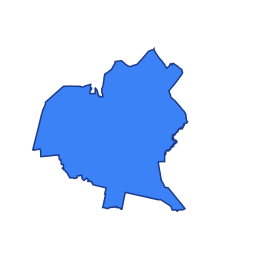 outline of Balint, Timis, Romania, rotated 25°
{"feature_id": "2599482B87339498745971", "entity_name": "Balint", "entity_type": "district", "adm_level": 2, "iso_a3": "ROU", "parent_name": "Romania", "parent_adm1": "Timis", "projection": "mercator", "projection_center": [21.883, 45.829], "detail": "fine", "context": "isolated", "style": "filled", "palette": "blue", "viewbox_px": 256, "rotation_deg": 25, "n_neighbors": 0, "source": "geoboundaries", "source_scale": "gbopen_adm2", "svg_char_len": 5835}
<svg xmlns="http://www.w3.org/2000/svg" viewBox="0 0 256 256"><g transform="rotate(25 128 128)"><path d="M151.8,204.9L152.2,204.4L152.8,204.4L153.6,203.9L153.9,203.9L154.2,204.1L155.3,203.8L155.6,204.3L155.9,204.5L156.4,204.4L156.8,204.0L154.9,196.8L152.7,187.5L185.5,180.3L186.5,179.9L187.2,179.3L187.6,179.2L189.2,179.3L199.4,180.7L200.0,180.9L200.7,181.5L202.3,183.3L202.7,183.5L203.6,183.4L204.5,182.7L205.2,182.6L205.8,182.2L206.0,181.8L206.5,181.8L207.2,182.4L207.8,182.6L208.0,182.2L208.1,181.6L208.4,180.8L209.5,180.5L210.1,179.9L211.4,179.5L212.8,178.4L213.0,178.2L213.2,177.4L213.7,177.1L213.6,176.9L206.5,173.4L189.5,165.2L188.7,165.4L187.2,166.2L186.7,166.2L183.4,163.5L179.8,161.0L179.8,160.4L179.5,160.3L179.1,159.6L178.7,159.1L176.4,155.7L174.5,153.1L170.3,146.9L169.9,145.7L171.2,145.1L172.1,144.4L172.9,144.2L175.4,143.0L172.6,136.9L173.2,136.2L173.2,135.7L172.3,136.1L171.9,135.7L171.9,135.0L172.6,134.3L172.7,134.0L171.9,133.0L172.7,132.2L172.9,131.4L173.4,131.5L173.9,132.0L174.0,131.9L173.9,131.4L174.6,131.4L174.6,131.2L174.1,131.0L173.9,130.7L174.4,130.5L174.8,130.0L175.1,130.2L175.4,129.9L175.4,129.7L174.9,128.4L175.0,128.3L175.6,128.4L175.7,127.6L175.5,127.3L174.8,127.0L174.8,126.7L175.1,126.6L175.3,127.0L175.6,127.0L175.9,126.5L176.4,126.2L176.1,125.9L176.0,125.6L176.2,125.4L176.9,125.2L176.4,124.7L175.7,124.6L175.6,124.3L176.1,124.1L176.0,123.2L176.7,123.2L176.3,122.7L176.3,122.4L177.1,122.3L176.9,121.2L177.0,121.1L177.3,121.6L177.7,121.6L177.5,120.8L178.2,120.5L178.3,120.3L177.9,120.1L177.6,119.3L177.3,119.0L177.0,119.1L177.3,119.7L177.2,120.0L176.8,119.7L176.8,119.2L176.5,118.9L176.1,119.0L176.1,119.4L175.7,119.6L175.5,119.8L175.5,119.4L174.7,119.1L174.7,119.5L174.3,119.5L174.1,120.0L174.1,119.7L173.6,119.7L173.6,119.2L172.7,119.4L172.6,119.2L173.0,119.2L173.9,118.7L173.9,118.4L173.6,117.9L173.1,117.8L172.8,117.9L172.8,118.4L172.2,118.3L172.2,118.0L172.6,117.7L172.7,117.3L172.7,116.7L172.4,116.5L171.9,116.9L171.7,116.4L172.0,116.0L172.0,115.6L171.3,115.4L171.2,114.7L171.4,115.0L171.6,115.0L171.8,114.8L172.3,115.0L172.4,114.9L172.4,114.6L172.1,114.5L172.2,114.2L172.4,114.2L173.1,114.7L173.2,114.2L173.5,114.1L173.6,113.5L173.4,112.1L173.9,111.8L174.1,111.5L173.8,110.8L174.3,110.7L174.7,110.3L174.5,108.8L174.1,108.6L174.5,107.9L174.4,107.4L174.5,107.2L175.1,107.3L175.4,107.2L175.5,107.1L175.2,106.8L175.7,106.6L175.5,106.2L175.6,105.6L175.9,105.6L176.2,105.2L177.0,106.0L177.5,105.9L177.5,105.0L177.2,105.0L177.0,105.3L176.8,104.8L176.9,104.6L177.4,104.6L177.6,104.4L177.5,104.0L177.7,103.3L177.3,103.1L177.3,102.3L177.8,101.8L177.7,101.6L176.9,101.1L176.8,100.7L177.6,100.5L177.6,100.0L177.7,99.8L177.8,99.2L179.0,98.9L178.8,98.5L178.9,97.6L179.2,97.4L179.3,97.1L178.6,96.9L178.0,96.5L176.8,94.8L176.2,93.6L175.4,92.9L174.7,91.2L174.7,91.3L174.1,90.8L173.8,90.9L172.9,89.9L171.4,89.0L168.8,88.1L168.1,87.5L167.1,87.2L164.9,86.0L163.8,85.6L161.5,84.5L160.8,84.3L159.2,83.5L157.5,83.1L155.8,82.4L154.6,82.6L154.3,82.3L153.7,81.9L152.4,80.1L149.9,77.6L149.2,77.1L149.1,76.9L149.5,76.3L150.1,74.7L150.1,73.9L151.1,70.6L152.2,66.0L154.1,56.4L154.1,54.8L151.9,52.2L150.3,52.1L146.7,51.1L145.0,50.8L144.4,50.9L141.9,50.2L141.1,51.0L141.2,51.8L141.0,52.2L139.6,51.5L139.4,51.8L139.1,54.6L137.7,57.4L135.6,56.1L134.0,54.7L133.0,54.5L131.1,53.3L125.9,51.0L121.9,48.6L118.4,46.0L118.1,45.3L117.9,46.1L117.4,46.6L114.9,48.9L114.2,49.9L112.6,55.5L111.6,59.4L109.2,66.6L107.6,68.2L107.4,68.2L106.7,68.7L106.0,69.5L104.1,71.3L103.3,71.7L102.8,71.8L99.0,71.4L97.4,70.8L95.0,70.2L93.7,69.7L88.3,73.2L88.9,76.0L88.7,76.7L88.5,78.1L88.3,81.1L88.4,82.1L88.1,82.1L87.9,82.7L87.2,83.7L86.3,85.7L84.1,89.1L84.4,89.4L84.6,89.8L84.7,91.1L85.2,93.0L85.7,94.2L86.2,95.5L86.5,96.9L86.6,97.8L87.3,98.8L87.7,102.4L87.6,103.2L87.8,104.1L88.4,105.1L88.8,105.4L89.0,106.1L89.3,106.6L89.5,107.1L90.0,107.7L90.8,108.1L91.4,109.4L92.1,110.2L90.3,111.4L89.8,111.0L88.5,111.9L87.6,110.7L87.3,110.6L86.9,110.8L85.4,108.4L83.8,106.7L81.6,105.6L81.4,105.7L81.4,105.9L83.8,110.6L82.9,111.0L79.1,112.9L77.5,109.5L77.6,109.2L78.6,108.8L78.3,107.3L78.1,107.3L77.9,107.6L77.7,107.6L77.4,107.3L77.2,107.6L75.7,104.6L75.8,104.5L75.8,104.2L75.5,104.3L75.1,104.9L73.7,106.0L72.7,107.0L72.2,107.1L71.3,108.4L70.7,108.9L70.2,109.7L69.7,110.1L69.1,110.4L67.6,110.3L66.6,110.8L66.5,110.7L55.7,115.5L52.7,117.1L51.9,117.6L51.0,119.5L42.3,139.6L42.9,140.6L43.2,141.8L43.1,142.2L43.3,143.2L43.2,144.5L43.1,145.2L43.3,145.8L43.2,146.2L43.2,146.8L43.2,147.5L43.7,150.1L44.0,152.6L46.5,164.8L50.9,188.0L52.3,187.9L52.8,187.5L53.5,186.6L54.1,186.4L54.9,185.8L56.0,185.2L56.9,184.4L57.4,184.3L58.2,185.2L59.8,188.2L61.0,190.8L62.8,189.9L64.6,188.7L67.6,187.1L72.9,183.8L74.8,182.9L76.7,181.6L77.5,183.2L79.4,185.8L80.7,185.1L82.4,188.3L83.1,189.2L84.7,188.3L86.6,191.5L85.5,191.9L85.6,192.4L86.4,192.3L86.7,192.6L87.3,192.7L88.1,193.3L89.3,193.3L90.2,194.0L91.0,194.3L91.8,194.2L92.0,194.3L93.0,195.4L93.8,195.8L94.3,196.4L95.7,197.0L96.2,197.8L96.5,197.8L97.3,197.3L99.3,196.3L99.9,196.5L100.9,196.3L101.2,196.2L101.5,195.5L102.5,195.1L102.7,194.8L102.9,194.1L102.5,192.6L102.6,192.4L102.8,192.2L103.9,192.0L104.3,191.5L104.8,191.3L105.1,190.7L105.8,190.7L106.0,190.5L106.5,191.2L107.1,192.3L107.9,193.3L110.1,194.2L110.8,193.3L111.9,190.8L112.6,191.1L112.9,191.4L113.9,191.5L114.2,191.7L114.0,192.8L114.0,193.1L114.2,193.4L115.1,192.9L116.2,192.6L116.7,191.9L116.9,191.9L117.4,192.0L118.3,193.0L118.9,192.8L119.3,193.0L119.6,193.3L120.1,194.2L133.5,191.5L134.8,197.7L135.7,197.5L138.7,210.4L138.7,210.7L139.2,210.5L140.3,210.3L141.3,209.9L142.0,210.1L142.5,210.0L143.9,209.4L144.2,208.9L144.5,208.3L145.0,208.2L146.5,206.7L147.4,206.6L147.8,206.0L149.1,205.6L149.4,205.2L149.5,204.8L149.6,204.6L150.0,204.8L150.3,204.7L150.6,204.1L150.8,204.1L151.0,204.6L151.3,204.9L151.8,204.9Z" fill="#3b82f6" stroke="#1e3a8a" stroke-width="1.5"/></g></svg>